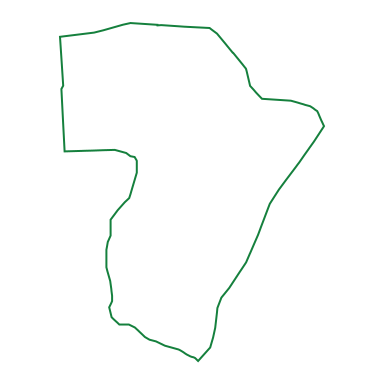 Sabah, Al Bayda', Yemen (Robinson projection)
{"feature_id": "15242507B50652394578350", "entity_name": "Sabah", "entity_type": "district", "adm_level": 2, "iso_a3": "YEM", "parent_name": "Yemen", "parent_adm1": "Al Bayda'", "projection": "robinson", "projection_center": [44.675, 14.271], "detail": "fine", "context": "isolated", "style": "outline", "palette": "green", "viewbox_px": 384, "rotation_deg": 0, "n_neighbors": 0, "source": "geoboundaries", "source_scale": "gbopen_adm2", "svg_char_len": 2001}
<svg xmlns="http://www.w3.org/2000/svg" viewBox="0 0 384 384"><path d="M198.0,360.9L198.1,361.0L210.2,347.5L210.8,345.4L213.1,337.5L215.2,327.9L217.0,312.3L217.4,308.0L221.4,297.6L224.9,293.3L229.2,288.0L234.2,280.4L239.7,272.0L241.6,269.2L246.1,262.4L249.6,254.3L249.8,253.8L250.2,253.0L252.4,247.9L254.9,242.1L258.0,235.0L260.1,229.4L260.9,227.2L263.3,220.9L268.3,207.7L269.8,203.8L274.4,196.6L278.9,189.6L286.0,180.0L296.2,166.5L297.5,164.7L299.2,162.5L304.4,155.0L308.1,149.8L309.1,148.4L309.2,148.2L312.5,143.6L313.5,142.2L313.8,141.8L323.8,126.5L324.0,126.1L323.7,125.5L323.3,124.7L322.3,122.5L321.2,120.2L319.4,116.0L318.3,113.3L317.2,111.1L315.5,110.0L314.2,109.0L313.5,108.4L310.3,106.3L309.4,106.0L305.2,104.9L304.3,104.6L304.0,104.5L303.8,104.4L300.6,103.5L297.7,102.6L295.2,101.9L290.9,100.7L262.0,98.8L259.0,95.7L255.9,92.4L253.7,89.8L250.1,85.9L246.7,71.4L246.4,70.3L246.4,70.2L246.2,69.6L245.9,68.6L244.5,66.9L242.7,64.6L233.1,52.8L232.8,52.8L226.9,45.6L226.2,44.7L218.9,35.9L217.0,33.6L211.1,29.2L209.6,28.0L184.4,26.7L178.8,26.3L161.2,25.1L157.3,25.4L157.2,25.2L157.3,24.8L145.1,24.0L131.4,23.1L130.7,23.0L123.0,24.7L103.3,30.3L94.1,32.6L60.0,36.8L61.7,62.6L63.2,85.7L61.4,89.0L62.9,118.5L64.6,151.4L81.9,150.9L84.4,150.8L92.4,150.6L103.3,150.2L114.6,149.9L114.8,149.9L118.5,150.9L126.2,153.0L128.3,154.6L130.4,156.2L134.6,157.0L136.5,160.2L136.8,160.9L136.8,161.0L136.8,172.7L131.5,190.6L130.5,194.1L129.2,198.1L124.8,202.2L117.7,210.2L110.6,219.7L110.6,235.6L108.5,240.4L107.8,241.9L107.1,246.0L106.4,249.8L106.4,267.3L107.4,271.2L110.2,281.0L111.3,289.0L111.5,291.1L112.1,295.8L112.1,301.1L111.5,302.5L111.2,303.2L109.2,307.3L111.6,317.2L113.6,319.2L116.1,321.5L117.0,322.3L119.3,324.5L128.8,324.5L134.9,327.5L141.8,334.0L144.9,337.0L149.5,339.7L156.0,341.4L164.9,345.7L178.6,349.5L180.2,350.3L181.9,351.3L183.5,352.3L185.3,353.6L186.1,354.1L186.9,354.6L188.7,355.5L190.2,356.3L191.8,356.9L193.6,357.3L195.2,358.1L198.0,360.9Z" fill="none" stroke="#15803d" stroke-width="2"/></svg>